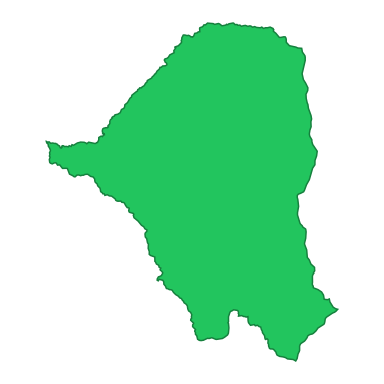 El Tablón De Gómez, Nariño, Colombia
{"feature_id": "7082276B75736959401017", "entity_name": "El Tablón De Gómez", "entity_type": "district", "adm_level": 2, "iso_a3": "COL", "parent_name": "Colombia", "parent_adm1": "Nariño", "projection": "orthographic", "projection_center": [-77.003, 1.402], "detail": "fine", "context": "isolated", "style": "filled", "palette": "green", "viewbox_px": 384, "rotation_deg": 0, "n_neighbors": 0, "source": "geoboundaries", "source_scale": "gbopen_adm2", "svg_char_len": 5927}
<svg xmlns="http://www.w3.org/2000/svg" viewBox="0 0 384 384"><path d="M301.7,48.3L297.8,48.0L295.9,47.1L289.4,45.7L286.3,42.3L286.2,39.2L285.9,38.0L285.2,36.9L283.8,36.8L280.9,37.4L279.3,37.4L275.8,33.2L273.4,31.3L273.7,29.6L273.3,29.4L273.1,28.5L270.1,27.1L267.3,27.8L265.7,27.7L263.5,28.4L261.8,27.1L260.2,27.8L256.4,27.4L254.7,26.6L252.6,27.2L250.8,26.0L249.3,25.9L248.0,26.4L245.4,25.4L243.3,25.7L241.5,26.3L239.9,25.1L237.8,25.3L237.0,24.5L234.9,24.6L233.7,23.2L233.1,23.0L228.9,23.8L227.8,24.7L226.5,24.3L225.8,25.1L222.0,25.8L219.7,24.0L218.4,23.5L214.7,24.4L213.2,23.6L207.5,23.1L205.6,24.8L203.9,24.9L203.0,26.3L202.2,26.9L199.9,27.7L199.6,28.4L199.8,31.7L198.2,31.9L197.1,32.9L194.7,33.4L193.7,36.1L192.6,37.1L192.0,36.7L191.1,37.0L189.7,35.8L188.5,35.3L187.1,35.6L184.8,35.0L183.3,35.0L181.8,37.9L181.8,39.4L181.2,40.6L181.6,41.8L181.4,42.6L178.3,45.8L175.0,46.9L174.9,47.3L175.7,47.8L173.8,50.7L174.1,52.7L169.8,54.9L168.3,57.3L167.1,58.3L165.0,58.9L164.6,59.4L164.3,60.1L164.9,61.0L165.0,61.9L166.4,63.0L166.9,64.1L166.8,64.9L165.4,65.8L162.6,66.0L161.2,67.4L160.0,67.3L159.2,69.3L157.2,70.9L155.6,73.7L154.6,74.2L153.9,75.5L152.2,76.9L151.6,78.1L147.3,80.5L147.1,81.8L145.5,83.3L144.7,84.9L143.8,86.0L142.2,86.8L141.5,87.8L139.6,87.9L139.2,88.8L137.8,89.6L137.3,91.2L136.4,91.6L131.9,95.2L131.4,97.2L130.0,98.2L127.5,102.6L124.9,104.7L124.6,106.9L123.8,108.4L121.5,109.5L120.2,112.7L117.8,114.2L115.0,114.8L114.3,116.2L113.3,116.4L112.0,117.4L112.4,118.0L110.3,120.0L109.8,121.5L109.9,123.2L109.3,124.5L108.1,125.5L107.9,126.3L108.3,126.8L107.8,127.5L107.1,127.8L106.1,127.6L103.5,128.3L102.7,129.0L102.3,130.7L102.4,132.0L103.0,132.9L102.7,133.6L104.3,133.8L104.4,134.8L103.4,135.1L102.5,136.6L101.1,136.1L98.8,137.5L98.7,140.0L97.5,142.5L96.6,142.6L95.7,143.4L95.0,143.5L88.7,142.2L86.8,143.7L86.1,143.1L84.2,142.3L80.7,142.1L77.3,143.0L73.5,145.3L72.0,144.7L71.2,146.4L69.2,145.7L68.3,146.8L66.2,146.4L64.6,146.6L63.5,145.8L62.4,145.7L61.8,146.2L61.9,147.5L61.3,148.0L60.4,147.8L59.5,145.9L58.2,145.3L57.3,144.2L56.4,144.0L55.8,143.4L54.2,143.4L52.7,143.0L50.5,143.3L49.4,142.0L48.7,141.9L47.9,142.3L46.3,141.4L46.3,141.6L46.9,143.1L48.2,144.2L48.3,146.1L49.5,148.0L50.4,150.1L50.4,150.9L49.5,152.8L49.9,154.3L49.4,156.1L50.1,157.2L49.3,159.5L49.7,162.3L50.3,163.1L52.2,163.9L54.4,162.9L55.6,162.8L56.4,163.2L57.5,165.1L59.7,164.9L62.5,168.4L66.1,168.3L67.4,168.5L69.5,174.1L72.6,175.6L74.2,176.8L75.2,176.8L77.0,175.1L78.8,175.0L80.6,175.7L82.2,175.2L83.6,175.2L84.8,174.5L87.2,174.2L88.1,174.5L90.6,176.4L93.0,176.9L94.6,178.8L94.9,181.2L95.3,182.3L97.2,184.0L97.7,185.8L100.1,188.3L100.7,191.7L102.2,192.7L102.8,193.8L104.2,193.8L104.9,195.4L107.3,194.7L109.3,195.9L111.6,196.1L115.2,198.9L115.7,200.2L116.5,200.8L117.8,201.2L120.9,201.1L121.8,202.3L123.5,202.5L124.3,202.9L125.7,205.6L127.2,207.6L128.8,207.9L129.2,208.3L128.7,210.6L129.1,211.9L129.8,212.4L133.0,213.3L133.6,213.8L133.8,214.4L133.3,215.2L134.0,217.7L138.1,221.1L141.5,225.3L143.7,226.7L144.9,228.8L146.9,229.9L146.9,231.2L145.2,233.1L145.0,234.2L145.3,237.0L146.7,238.7L147.5,242.8L148.4,244.0L148.2,248.4L149.3,251.6L149.2,254.3L150.4,255.4L154.8,257.0L154.9,261.4L155.5,261.9L156.4,264.0L158.7,265.3L159.1,267.2L160.8,268.1L160.1,269.5L160.2,270.0L161.8,271.3L162.7,272.7L162.5,273.6L161.5,275.4L160.6,276.1L158.4,276.9L157.2,279.0L157.2,280.3L158.3,280.8L158.9,279.7L159.4,279.4L162.8,280.3L163.7,281.7L163.9,284.3L165.4,286.0L166.4,288.5L168.2,288.9L169.3,289.6L171.3,289.8L172.3,290.4L173.5,292.4L175.7,294.6L178.1,296.0L179.9,298.0L181.4,298.5L182.6,300.6L183.6,301.2L184.0,302.7L185.9,304.0L187.3,305.7L187.8,308.9L188.6,310.9L190.6,312.3L191.8,314.8L191.4,316.5L191.6,318.3L190.8,319.1L190.7,320.3L193.6,323.1L193.6,323.5L192.7,324.8L192.6,326.4L193.1,327.2L195.5,329.5L194.8,330.7L194.8,331.5L195.5,332.6L195.4,334.1L196.8,335.9L197.6,339.3L198.9,339.9L199.1,340.3L201.1,340.6L203.5,340.2L207.5,338.3L209.1,338.5L211.8,337.7L215.7,339.3L216.5,339.4L222.4,338.5L224.6,337.2L227.6,334.9L228.4,333.2L228.9,327.9L228.5,323.5L227.9,322.8L228.5,321.8L228.5,316.7L229.9,312.4L230.6,311.4L232.3,310.7L233.6,309.8L237.3,310.4L238.0,310.8L238.5,312.4L238.3,313.5L238.8,314.4L238.5,316.1L241.8,315.6L243.6,316.5L245.2,316.6L246.1,317.1L247.9,316.6L248.1,320.9L248.5,322.7L250.5,325.3L254.3,324.6L255.3,325.8L257.6,325.3L259.1,326.6L260.7,327.0L261.4,329.6L262.2,330.9L262.5,332.7L264.5,335.6L265.1,339.0L265.8,339.5L267.0,338.7L267.9,339.5L268.1,340.6L267.9,343.1L268.6,344.4L268.6,346.0L269.5,348.4L270.4,348.9L272.7,349.0L273.7,349.5L276.0,352.2L276.3,353.5L277.1,355.1L279.6,356.4L283.1,356.9L285.5,357.6L287.5,358.9L293.2,359.5L295.7,361.0L297.1,358.6L298.0,354.1L299.3,351.3L299.6,350.4L299.6,346.0L300.2,344.5L300.9,343.5L304.4,341.2L305.3,340.2L307.0,337.8L307.8,335.8L309.7,334.6L312.5,333.9L313.5,333.2L315.9,331.0L318.0,328.0L323.7,324.4L324.3,323.7L324.8,321.9L325.2,319.0L325.8,317.9L326.7,317.0L332.5,313.1L334.6,312.2L336.0,311.2L337.7,309.3L335.6,308.7L333.2,307.2L329.9,301.9L329.3,299.0L327.5,299.7L324.2,299.3L323.5,295.1L321.6,292.0L318.0,289.6L314.1,288.1L313.3,287.6L313.2,286.1L312.5,285.1L312.3,283.8L312.5,282.3L312.4,276.4L312.9,274.6L313.8,273.4L313.5,273.0L313.7,272.3L314.7,270.8L314.5,267.3L310.9,264.0L309.3,260.0L307.3,257.4L306.7,249.9L304.7,244.7L304.5,243.3L305.7,238.3L306.1,231.9L305.8,229.7L305.6,229.0L302.9,227.1L302.1,225.6L300.5,224.1L299.9,223.0L297.5,215.0L297.5,212.6L298.6,206.4L297.8,199.4L297.2,197.3L297.3,195.4L298.4,194.1L300.6,193.3L303.6,191.8L304.4,190.4L306.5,184.7L309.3,179.7L312.6,168.2L314.9,164.8L315.0,160.4L316.6,155.9L317.2,151.2L312.7,144.5L311.9,141.7L311.8,139.7L309.8,136.3L309.3,134.0L309.9,130.1L311.1,126.8L310.9,121.7L311.6,119.0L311.0,115.5L308.4,108.3L307.9,104.4L307.2,102.9L306.2,98.4L306.0,94.2L307.7,90.6L307.9,87.8L305.6,83.1L303.4,79.6L302.1,73.7L305.2,60.5L305.2,57.2L304.9,55.7L302.4,52.1L301.7,48.3Z" fill="#22c55e" stroke="#15803d" stroke-width="1.5"/></svg>